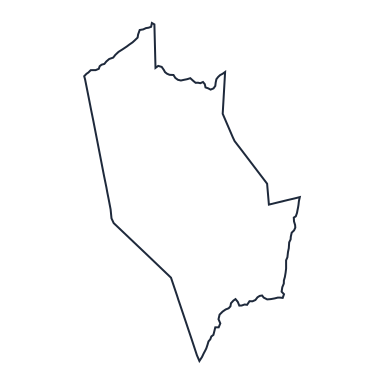 Paraíba do Sul, Rio de Janeiro, Brazil
{"feature_id": "56859067B2096701978992", "entity_name": "Paraíba do Sul", "entity_type": "district", "adm_level": 2, "iso_a3": "BRA", "parent_name": "Brazil", "parent_adm1": "Rio de Janeiro", "projection": "natural_earth1", "projection_center": [-43.283, -22.187], "detail": "fine", "context": "isolated", "style": "outline", "palette": "slate", "viewbox_px": 384, "rotation_deg": 0, "n_neighbors": 0, "source": "geoboundaries", "source_scale": "gbopen_adm2", "svg_char_len": 1994}
<svg xmlns="http://www.w3.org/2000/svg" viewBox="0 0 384 384"><path d="M84.2,76.2L85.1,79.5L88.8,98.1L91.1,109.9L93.3,120.7L97.4,141.7L103.9,175.2L106.4,187.4L107.3,192.4L108.7,199.4L110.6,209.4L111.5,218.4L113.7,223.1L147.7,255.4L171.0,277.7L177.1,295.8L178.4,299.9L179.4,302.8L186.6,324.2L187.8,327.8L191.2,337.9L196.9,355.2L199.4,361.0L202.0,357.0L203.7,353.4L205.1,350.8L206.3,348.4L207.5,344.8L208.5,341.4L210.3,339.3L211.3,336.5L213.4,334.9L214.4,331.0L215.3,327.3L218.7,327.3L220.3,323.4L218.5,319.2L219.6,314.6L222.6,311.6L225.6,309.5L228.6,308.3L230.4,306.4L231.0,303.2L233.4,300.6L235.5,299.1L237.8,301.9L239.3,305.6L241.7,305.5L244.6,304.5L247.1,304.8L249.5,301.2L252.5,301.3L255.4,300.0L257.5,297.3L259.7,295.9L262.1,295.5L263.7,297.6L267.2,299.4L270.8,299.1L274.7,298.4L277.8,297.6L280.0,297.6L282.7,297.9L284.0,294.2L281.6,291.7L282.3,287.2L283.8,283.6L283.9,280.4L284.9,276.9L285.6,272.7L286.1,268.6L286.1,264.3L286.1,260.3L287.4,257.3L288.0,252.0L288.8,248.2L289.0,245.1L289.2,242.3L290.6,239.4L290.8,236.7L291.7,232.7L294.1,230.3L295.3,227.6L295.1,225.0L294.0,221.4L293.8,217.6L295.8,216.3L297.0,212.9L297.5,210.2L298.1,207.3L298.5,204.8L298.9,201.2L299.8,197.1L294.7,198.4L287.4,200.1L268.9,204.6L267.1,183.7L239.7,147.7L237.6,145.0L234.6,141.1L232.8,137.3L222.7,113.8L225.1,72.0L222.6,73.8L220.1,75.1L218.1,77.0L216.4,79.2L215.7,82.5L215.3,85.9L213.5,88.4L210.6,89.6L208.3,88.4L205.5,87.4L204.8,84.2L203.0,82.0L200.3,83.2L198.0,82.7L195.6,82.8L193.4,81.0L190.3,78.2L187.1,79.2L184.1,79.8L180.9,80.5L177.9,79.8L175.3,77.9L173.5,75.0L169.5,74.8L167.0,73.7L165.0,72.1L163.8,69.9L161.7,66.9L158.2,65.9L155.5,67.9L154.4,24.4L151.9,23.0L151.1,26.8L148.6,27.7L146.0,28.1L143.2,29.4L139.7,30.0L138.1,34.5L137.6,37.6L134.6,40.5L132.5,42.4L129.3,44.6L126.8,46.5L122.6,49.3L118.5,51.9L115.4,54.8L113.2,57.6L109.2,59.0L106.3,61.5L104.4,63.9L101.6,64.7L99.7,66.2L98.8,68.8L95.7,70.1L93.0,70.1L90.7,70.2L88.4,72.5L86.5,73.8L84.2,76.2Z" fill="none" stroke="#1e293b" stroke-width="2"/></svg>